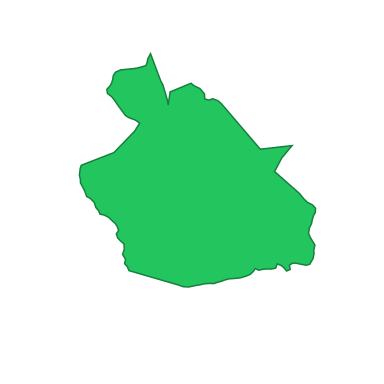 Marechal Deodoro, Alagoas, Brazil (Albers equal-area conic projection), rotated 41°
{"feature_id": "56859067B1400711858977", "entity_name": "Marechal Deodoro", "entity_type": "district", "adm_level": 2, "iso_a3": "BRA", "parent_name": "Brazil", "parent_adm1": "Alagoas", "projection": "albers", "projection_center": [-35.91, -9.719], "detail": "fine", "context": "isolated", "style": "filled", "palette": "green", "viewbox_px": 384, "rotation_deg": 41, "n_neighbors": 0, "source": "geoboundaries", "source_scale": "gbopen_adm2", "svg_char_len": 1687}
<svg xmlns="http://www.w3.org/2000/svg" viewBox="0 0 384 384"><g transform="rotate(41 192 192)"><path d="M247.4,269.3L251.7,266.0L254.8,262.0L256.8,259.3L258.9,256.9L261.1,253.7L265.1,249.6L268.7,246.7L270.3,243.7L272.6,240.3L274.6,236.7L277.0,233.2L280.3,229.9L282.5,227.6L285.0,224.8L287.9,220.2L290.0,216.0L290.4,211.9L290.0,208.3L293.6,207.3L296.6,203.4L299.0,201.0L302.6,197.9L305.1,194.6L303.5,190.3L307.8,188.9L311.4,188.9L315.2,189.6L316.9,186.1L313.6,183.3L314.5,179.9L316.9,177.7L321.4,175.2L326.1,172.4L328.3,169.3L327.0,162.8L324.6,158.5L322.1,156.1L319.6,151.4L315.1,150.0L311.5,148.8L307.2,146.9L304.2,142.1L302.9,137.4L300.8,133.7L299.1,129.9L298.6,126.7L295.9,123.2L291.4,122.7L285.7,124.1L280.8,123.8L274.0,122.6L240.9,122.4L237.4,107.3L237.1,91.3L215.4,114.9L156.3,106.1L151.6,106.1L146.5,108.0L144.4,111.6L140.5,113.4L137.1,109.8L130.1,108.7L124.1,110.4L119.9,110.6L109.8,130.8L117.0,142.0L112.8,138.6L99.9,130.3L95.2,128.5L69.9,114.8L71.3,120.5L73.2,123.8L74.3,126.9L69.4,134.3L66.8,137.4L63.7,140.6L61.4,143.1L58.0,146.7L55.7,151.6L56.1,155.5L58.4,159.2L60.0,162.9L60.5,166.1L60.4,170.4L63.6,173.1L68.8,172.8L73.5,173.6L77.0,174.6L80.6,175.5L85.2,176.5L91.2,177.9L94.8,177.5L97.9,176.5L101.5,175.0L107.3,174.3L108.8,183.6L107.2,213.5L90.9,244.4L92.0,247.3L96.0,253.2L99.7,255.9L101.8,258.3L106.3,260.0L110.7,261.8L115.4,264.5L119.4,263.6L125.0,264.0L129.7,266.8L134.2,267.5L137.0,269.1L140.9,267.0L145.7,265.8L151.3,266.1L154.8,266.1L158.1,267.1L161.8,269.1L162.4,273.3L166.2,275.5L169.9,275.8L174.7,275.8L178.4,279.6L180.5,284.6L186.0,286.4L188.1,290.3L192.2,290.8L196.0,292.7L242.8,271.1L247.4,269.3Z" fill="#22c55e" stroke="#15803d" stroke-width="1.5"/></g></svg>